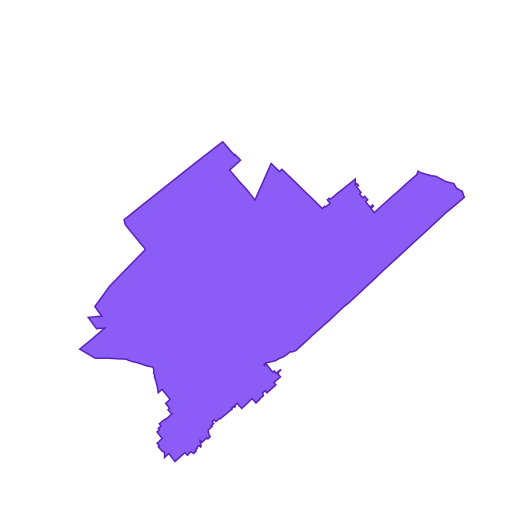 Metepec, México, Mexico, rotated 320°
{"feature_id": "50627088B30760870032876", "entity_name": "Metepec", "entity_type": "district", "adm_level": 2, "iso_a3": "MEX", "parent_name": "Mexico", "parent_adm1": "México", "projection": "mercator", "projection_center": [-99.596, 19.251], "detail": "fine", "context": "isolated", "style": "filled", "palette": "violet", "viewbox_px": 512, "rotation_deg": 320, "n_neighbors": 0, "source": "geoboundaries", "source_scale": "gbopen_adm2", "svg_char_len": 4963}
<svg xmlns="http://www.w3.org/2000/svg" viewBox="0 0 512 512"><g transform="rotate(320 256 256)"><path d="M171.9,367.8L173.0,365.1L176.4,365.1L176.3,367.9L182.4,367.7L188.4,367.5L188.4,364.5L191.3,364.4L197.1,364.3L197.0,360.4L197.6,360.4L197.7,359.4L201.5,359.4L201.5,358.8L196.1,358.8L196.1,355.7L194.1,355.6L194.5,345.6L192.2,345.6L192.2,344.4L194.7,344.1L197.6,345.7L203.4,348.7L208.8,349.6L210.9,350.5L214.1,351.1L218.4,351.4L220.1,351.3L223.2,353.3L225.9,354.1L237.1,353.6L246.4,353.1L249.1,353.0L252.6,352.9L259.6,352.7L262.9,352.6L268.6,352.4L268.6,352.6L271.9,352.4L278.6,352.0L285.2,351.6L287.1,351.4L290.7,351.3L296.5,351.5L305.1,351.1L313.6,350.7L319.8,350.3L325.9,350.0L329.0,349.9L335.1,349.6L335.6,349.5L336.4,349.4L342.4,349.0L346.0,348.8L354.8,348.4L360.6,348.2L363.6,348.1L366.7,347.9L372.9,347.6L376.0,347.5L382.2,347.2L390.0,346.8L396.3,346.6L402.6,346.3L408.8,346.0L414.4,345.7L417.4,345.6L423.6,345.2L429.8,344.9L435.8,345.0L439.6,345.1L445.4,345.0L449.4,345.0L453.5,344.9L453.7,343.8L454.5,341.8L455.6,338.8L455.3,338.2L454.8,337.4L454.1,335.8L454.0,334.8L453.1,333.1L453.3,332.3L454.1,327.7L449.2,320.9L446.4,313.9L445.0,310.5L441.8,307.1L441.5,306.4L439.0,303.0L437.6,300.8L436.2,298.7L434.7,296.0L434.7,295.2L431.2,297.1L427.1,297.1L420.3,297.2L415.1,297.4L407.6,297.7L403.8,297.9L401.6,297.8L397.8,297.9L390.7,298.2L387.0,298.3L383.7,298.4L380.7,298.5L374.5,298.8L374.7,293.4L378.0,293.3L378.0,291.9L374.8,291.9L374.8,289.5L375.0,284.7L377.7,284.8L377.7,280.1L375.2,280.0L375.2,275.0L377.3,274.9L377.4,267.8L379.8,267.9L379.8,265.3L377.8,265.3L381.5,260.9L366.9,260.6L358.5,260.3L349.4,260.4L349.3,258.8L346.7,258.8L346.7,263.2L343.6,263.2L340.5,263.0L340.5,262.0L337.3,262.2L337.2,261.4L336.7,255.9L335.7,245.8L334.9,239.5L334.2,231.6L333.9,228.2L333.5,224.2L333.4,223.6L333.1,220.0L332.5,215.0L331.6,206.2L331.1,206.3L329.9,206.3L328.2,206.4L327.1,194.9L325.8,195.5L324.7,196.0L317.7,199.5L306.4,205.0L302.9,206.7L294.1,211.0L291.1,212.5L291.6,199.9L291.5,197.5L291.1,187.9L291.1,186.1L291.1,183.4L291.1,181.4L291.0,177.0L291.0,175.7L291.0,174.6L291.0,173.1L292.9,173.2L295.2,173.1L299.0,172.9L302.0,172.8L305.7,172.7L305.7,170.7L305.6,169.3L305.5,169.2L305.1,164.6L304.2,164.6L304.2,163.7L304.2,162.7L304.2,160.3L304.1,158.7L304.1,157.4L304.1,154.6L304.0,151.7L304.0,148.8L304.0,147.2L302.4,147.0L299.9,146.9L295.5,146.7L292.6,146.6L286.2,146.4L283.8,146.3L283.1,146.2L271.2,145.8L267.6,145.6L266.2,145.6L262.3,145.5L258.2,145.4L253.1,145.2L250.9,145.2L239.8,144.9L234.4,144.8L232.0,144.7L231.5,144.7L224.6,144.5L220.1,144.4L212.8,144.2L206.1,144.0L196.7,143.8L192.1,143.7L181.8,143.5L179.3,143.4L178.4,143.4L177.9,144.1L177.4,145.0L176.9,146.0L176.3,147.4L176.0,148.9L176.0,149.1L175.9,150.1L175.9,151.1L175.9,153.3L175.9,155.6L175.8,157.2L175.8,158.2L175.8,159.2L175.8,163.4L175.7,170.4L175.7,176.7L175.7,177.0L175.6,178.1L175.6,179.9L168.9,180.6L156.4,181.8L149.7,182.5L146.2,182.8L144.9,183.0L135.4,183.9L134.1,184.1L124.7,185.0L120.6,186.0L115.1,187.4L109.6,188.8L106.0,189.7L104.8,190.0L100.1,191.1L99.9,193.2L99.2,202.2L99.2,202.9L98.2,202.2L94.7,199.8L93.2,198.8L91.8,197.8L91.6,197.7L89.7,196.4L88.0,195.2L87.7,200.3L87.6,201.7L87.3,206.5L87.2,209.4L89.1,210.4L93.8,214.0L93.1,214.0L89.3,214.0L87.4,214.1L86.4,214.1L84.7,214.1L82.9,214.1L82.2,214.1L80.4,214.1L79.2,214.2L78.2,214.2L76.7,214.2L76.3,214.2L74.5,214.2L72.8,214.2L69.2,214.1L68.8,214.1L68.1,214.1L66.4,214.1L64.5,214.1L61.1,214.1L61.2,214.4L63.0,219.4L63.7,221.5L64.6,223.8L64.6,224.0L65.5,226.3L66.4,229.0L67.1,230.9L68.7,232.2L70.9,234.1L74.2,236.8L74.8,237.3L75.6,237.9L81.1,243.1L86.4,248.1L86.6,248.2L88.3,249.8L90.2,251.6L90.9,252.8L91.0,253.6L93.8,258.0L94.5,258.8L95.4,259.9L97.6,263.3L97.9,263.7L98.5,264.6L99.9,267.0L101.0,268.9L102.8,271.4L104.4,273.4L105.7,275.0L104.2,278.0L103.9,278.9L102.8,279.1L102.0,280.6L102.1,281.3L101.8,281.9L101.1,283.2L100.5,283.3L100.0,284.6L98.3,289.0L98.0,289.7L97.8,289.5L96.5,292.5L93.2,297.9L98.3,297.8L98.1,310.5L92.0,310.9L92.0,317.1L89.8,317.2L89.8,322.3L90.3,323.1L89.4,322.8L85.4,323.0L81.3,323.2L81.3,322.5L78.9,322.4L74.0,322.4L74.0,325.2L70.3,325.2L70.3,327.1L67.1,327.1L66.8,335.5L59.8,335.9L59.8,339.4L58.5,339.4L58.7,345.3L59.4,346.7L59.8,347.5L56.4,351.5L62.3,351.3L61.9,358.1L61.8,361.1L61.8,361.4L66.9,361.2L70.0,361.1L75.1,360.9L75.4,364.6L80.4,364.1L81.3,367.3L84.7,366.9L84.7,366.0L87.5,365.5L87.5,364.7L90.6,364.5L90.7,366.7L91.4,366.7L91.7,366.1L93.5,363.9L93.7,362.3L94.6,361.3L94.8,362.7L95.0,364.0L101.4,363.7L101.5,365.2L104.7,365.0L105.1,363.3L105.6,361.6L107.2,358.9L107.3,358.7L112.9,358.4L112.9,357.1L115.8,357.2L115.8,354.7L118.8,354.8L118.8,357.0L120.0,357.0L121.5,357.0L123.8,357.0L124.0,357.7L125.9,357.7L128.3,357.8L131.6,357.8L139.4,357.9L139.4,356.9L142.1,356.9L142.2,358.0L143.4,358.0L143.4,356.8L146.8,356.8L146.7,356.9L147.1,363.7L153.0,363.3L156.3,363.1L161.3,362.7L161.5,368.6L166.5,368.3L166.5,367.9L171.9,367.8Z" fill="#8b5cf6" stroke="#5b21b6" stroke-width="1.5"/></g></svg>